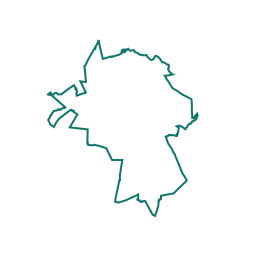 San Ciro de Acosta, San Luis Potosí, Mexico (orthographic projection), rotated 246°
{"feature_id": "50627088B368213739672", "entity_name": "San Ciro de Acosta", "entity_type": "district", "adm_level": 2, "iso_a3": "MEX", "parent_name": "Mexico", "parent_adm1": "San Luis Potosí", "projection": "orthographic", "projection_center": [-99.855, 21.589], "detail": "fine", "context": "isolated", "style": "outline", "palette": "teal", "viewbox_px": 256, "rotation_deg": 246, "n_neighbors": 0, "source": "geoboundaries", "source_scale": "gbopen_adm2", "svg_char_len": 5605}
<svg xmlns="http://www.w3.org/2000/svg" viewBox="0 0 256 256"><g transform="rotate(246 128 128)"><path d="M187.3,174.4L187.3,173.9L187.6,172.8L188.0,171.9L188.8,170.7L189.2,170.5L189.6,170.0L189.7,169.6L190.0,168.8L190.2,168.5L190.7,168.1L191.3,167.9L192.1,167.7L192.6,167.3L193.4,166.5L193.9,165.8L194.3,165.3L194.8,165.1L195.5,165.1L195.9,165.3L196.3,165.2L196.8,164.9L197.0,164.6L197.3,162.3L197.6,161.6L198.2,161.0L198.7,160.8L200.2,160.4L199.8,158.7L200.0,158.8L200.5,158.6L200.5,157.3L200.2,156.9L199.7,157.1L199.4,157.3L198.7,156.3L198.7,155.7L199.0,155.1L199.3,155.1L199.2,155.4L199.3,155.7L199.6,155.7L199.8,155.3L200.0,155.5L200.4,156.2L200.7,156.5L201.0,156.5L201.4,156.3L201.4,156.0L201.4,155.8L201.5,155.7L201.6,155.4L201.3,154.7L201.5,153.9L201.1,153.7L200.6,153.6L200.2,153.5L200.0,154.1L199.8,154.3L199.7,154.4L199.4,154.3L199.4,154.0L199.4,153.9L199.3,153.7L199.2,153.6L199.1,153.2L199.0,152.8L199.5,152.9L199.7,152.7L199.3,152.3L199.0,152.4L198.9,152.4L198.7,151.1L198.6,150.2L198.6,149.7L198.7,149.2L199.4,143.4L199.6,143.2L199.8,142.9L199.9,142.6L199.5,142.3L199.5,142.0L199.7,141.6L199.8,141.5L200.2,141.0L200.3,141.0L200.4,140.6L200.4,139.7L201.4,133.1L214.9,135.6L216.6,136.0L220.3,136.9L217.9,134.7L215.6,131.6L214.9,131.3L213.8,130.4L214.5,130.0L206.5,119.1L205.6,118.1L202.4,114.4L202.4,113.4L188.0,108.7L187.2,107.9L190.0,103.5L177.5,103.9L178.5,94.2L179.8,94.8L180.4,94.8L181.0,95.5L181.9,96.2L182.3,96.1L183.0,96.4L184.5,95.9L184.7,96.6L184.9,96.5L184.7,96.0L184.8,95.9L184.6,95.7L184.8,95.8L185.2,95.8L185.7,96.6L185.8,96.6L186.3,96.3L186.4,96.2L187.1,96.2L187.6,96.0L187.8,95.9L188.3,96.0L188.8,96.2L189.0,96.1L189.1,95.8L189.0,95.7L189.3,95.4L189.8,95.2L188.9,95.2L188.1,90.3L185.9,80.6L186.2,80.2L187.2,77.6L188.9,77.1L189.4,76.6L189.6,75.2L189.0,74.0L189.0,73.4L189.7,71.9L189.8,71.7L191.9,71.7L191.3,68.5L191.1,68.5L189.9,70.4L188.6,71.7L188.7,71.8L188.3,71.8L172.3,79.1L172.1,78.3L172.5,77.2L172.6,75.7L172.5,74.4L172.1,73.4L172.2,73.1L172.5,73.1L172.9,73.0L173.4,72.2L173.2,72.1L173.0,70.9L173.1,69.8L173.1,69.7L173.1,69.2L173.4,68.5L173.7,67.1L173.1,66.1L172.5,64.9L170.9,62.9L171.2,62.6L168.8,60.0L168.9,59.9L167.8,58.4L162.2,58.5L160.5,60.1L159.1,60.7L162.2,64.7L164.5,68.6L167.3,80.2L167.9,83.2L166.3,84.8L166.3,84.0L161.0,87.3L154.1,77.6L152.2,75.1L146.7,84.5L145.7,86.3L143.1,90.6L131.0,84.8L130.8,85.3L129.1,84.5L128.4,85.1L126.4,89.1L126.5,90.2L123.1,94.7L118.3,100.0L105.3,100.4L101.1,109.8L87.6,101.0L83.7,99.5L83.9,99.0L67.9,87.4L65.9,86.3L64.8,87.5L63.8,89.1L62.8,96.5L63.1,110.2L59.1,108.4L59.0,107.5L58.4,107.4L56.9,109.4L56.1,109.1L55.7,109.1L54.8,111.1L54.8,111.3L55.2,111.4L54.3,114.0L38.0,115.3L38.5,115.4L38.5,115.6L38.3,115.7L38.2,116.4L37.7,117.1L35.7,116.8L37.1,117.1L37.7,117.6L38.2,118.5L44.3,123.8L48.3,126.0L48.2,126.1L48.4,126.3L48.5,126.3L48.6,126.6L49.1,126.7L49.6,127.0L49.9,127.2L50.0,127.4L49.5,127.7L49.5,128.0L49.7,128.6L49.7,129.2L52.7,130.6L49.7,143.1L49.8,143.2L56.1,160.3L61.3,159.9L64.4,159.2L75.2,159.7L82.7,159.8L84.2,160.0L85.4,159.9L86.7,159.5L87.2,159.5L88.1,159.6L88.6,159.5L89.1,159.6L89.7,159.6L91.8,159.5L93.9,159.0L96.9,158.5L98.3,158.5L98.9,158.5L100.2,158.6L103.3,158.8L103.4,159.0L103.6,158.9L104.6,158.9L104.5,159.2L104.8,159.6L104.5,161.6L104.9,162.1L105.0,162.3L104.9,162.9L104.5,163.1L104.4,163.6L104.4,163.9L104.3,164.1L103.9,164.3L103.7,164.6L103.5,165.0L103.5,165.5L103.4,166.0L102.6,167.1L102.1,167.7L102.0,167.9L101.8,168.4L101.5,168.6L101.1,168.6L101.0,168.8L100.8,169.0L100.8,169.4L101.2,169.9L101.5,169.9L101.7,170.1L101.9,170.3L102.0,170.4L102.2,170.2L102.3,170.1L102.6,170.3L102.7,170.6L102.8,171.1L103.1,171.3L103.2,171.5L103.4,171.7L107.5,174.5L108.0,174.2L109.7,173.2L109.6,174.9L108.7,176.5L107.0,178.0L104.2,179.4L104.0,179.6L103.5,180.1L104.1,180.5L104.4,180.8L104.6,181.2L104.8,182.2L105.1,182.6L105.4,182.8L105.6,183.1L105.8,183.4L105.9,183.8L106.3,184.4L106.5,184.9L106.6,185.0L106.8,185.2L107.0,185.5L107.1,185.8L107.0,186.0L106.4,186.5L106.3,186.9L106.6,187.3L106.8,188.2L106.9,188.3L107.4,188.5L107.6,188.6L107.8,188.9L107.9,190.1L107.9,190.3L107.8,190.5L107.5,190.7L107.5,191.0L107.8,191.3L107.9,191.5L108.0,192.1L108.1,192.3L108.6,192.4L108.8,192.5L108.9,192.8L108.8,193.0L108.2,193.1L108.0,193.4L108.1,193.7L109.3,193.9L109.3,194.0L108.9,194.3L108.9,194.5L109.0,194.6L109.4,194.8L110.0,195.3L110.2,195.5L111.1,196.7L111.3,196.9L111.5,196.9L112.2,196.6L112.8,196.8L111.4,193.5L110.9,192.2L110.6,191.1L110.9,190.8L111.3,190.8L113.8,191.9L115.1,192.3L117.2,193.2L118.6,193.7L121.1,194.9L128.0,197.6L128.4,197.6L129.2,197.2L135.5,192.1L137.2,190.8L142.3,187.8L143.9,186.5L145.4,185.4L146.0,185.1L147.5,184.6L149.8,184.3L153.1,184.0L155.7,183.4L158.6,183.1L160.4,182.9L160.8,182.8L159.7,186.0L158.9,189.7L158.9,190.1L158.8,190.4L158.8,190.5L159.0,190.2L159.7,189.6L160.7,189.6L161.2,189.5L161.8,189.2L162.7,188.8L163.7,188.6L165.2,188.5L165.6,188.6L166.0,188.9L166.4,189.5L166.6,190.0L166.8,190.1L167.1,190.1L168.5,190.8L169.0,190.9L169.3,190.8L169.5,190.5L169.6,190.1L170.0,189.7L173.2,187.6L173.6,187.2L173.7,186.8L173.7,186.4L173.9,186.2L174.2,185.9L174.6,185.7L174.8,185.7L175.1,185.8L175.8,185.8L176.1,185.8L176.6,185.6L177.0,185.4L178.7,185.2L179.3,185.1L179.9,184.8L180.4,184.6L181.5,183.7L182.2,183.3L182.4,183.1L182.6,182.7L182.6,182.2L182.4,181.5L182.2,181.2L181.5,180.5L181.1,180.2L180.9,180.0L180.8,179.6L180.7,179.1L180.5,178.5L180.4,178.2L180.5,177.4L180.7,176.8L181.0,176.5L181.8,176.1L182.3,176.0L183.7,175.2L184.2,175.0L184.7,174.9L185.3,174.7L185.8,174.6L186.3,174.6L186.6,174.7L186.9,174.7L187.1,174.6L187.3,174.4Z" fill="none" stroke="#0f766e" stroke-width="2"/></g></svg>